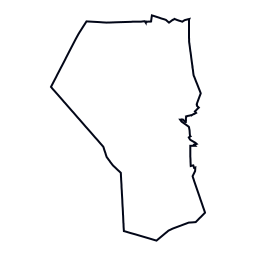 Reusel-De Mierden, Noord-Brabant, Netherlands (Mercator projection)
{"feature_id": "6326949B37702767177993", "entity_name": "Reusel-De Mierden", "entity_type": "district", "adm_level": 2, "iso_a3": "NLD", "parent_name": "Netherlands", "parent_adm1": "Noord-Brabant", "projection": "mercator", "projection_center": [5.161, 51.371], "detail": "fine", "context": "isolated", "style": "outline", "palette": "ink", "viewbox_px": 256, "rotation_deg": 0, "n_neighbors": 0, "source": "geoboundaries", "source_scale": "gbopen_adm2", "svg_char_len": 4694}
<svg xmlns="http://www.w3.org/2000/svg" viewBox="0 0 256 256"><path d="M86.5,21.4L82.9,27.0L80.5,30.8L79.4,32.5L78.7,33.7L78.6,33.8L75.8,38.9L74.5,41.4L70.7,48.7L65.7,58.4L65.6,58.6L65.5,58.9L61.4,66.8L61.2,67.1L60.9,67.7L60.8,67.9L58.9,71.6L56.9,75.4L56.5,76.3L53.0,83.0L51.0,86.9L52.7,89.0L54.8,91.3L55.4,92.0L62.7,100.3L63.1,100.8L64.2,102.1L64.5,102.4L65.6,103.6L65.9,104.0L66.2,104.3L67.3,105.6L68.0,106.4L69.5,108.1L72.1,111.1L73.4,112.5L77.5,117.3L79.4,119.4L84.0,124.7L84.5,125.3L85.7,126.7L86.9,128.0L91.3,133.0L93.2,135.2L95.0,137.3L96.2,138.6L96.3,138.7L97.9,140.5L98.9,141.7L99.5,142.4L100.8,143.9L101.9,145.1L102.5,145.9L102.9,146.2L103.1,146.5L103.3,146.8L103.4,147.0L103.5,147.2L103.5,147.3L103.6,147.5L103.7,147.8L103.9,148.7L104.0,148.8L104.1,149.3L104.2,149.5L104.3,149.9L104.5,150.4L104.5,150.5L105.1,152.2L105.4,153.0L105.8,154.4L105.8,154.5L106.3,155.9L106.6,156.9L107.3,157.9L107.4,158.0L107.5,158.1L108.5,159.5L108.7,159.8L109.8,161.2L110.0,161.6L110.5,162.3L110.8,162.7L110.9,162.8L111.0,162.9L111.9,164.1L112.6,165.0L113.2,165.7L114.2,166.6L114.9,167.3L115.1,167.4L115.7,168.0L115.8,168.1L116.5,168.8L118.4,170.6L118.9,171.0L119.0,171.1L120.8,172.8L120.9,174.4L120.9,174.5L121.0,177.0L121.1,178.1L121.1,179.0L121.4,183.5L121.5,185.0L121.5,186.3L121.6,188.3L121.7,189.6L121.8,190.8L121.9,193.3L122.3,200.1L122.4,203.1L122.6,206.7L122.7,207.8L122.9,211.7L123.0,214.6L123.1,215.5L123.4,222.9L123.4,223.0L123.5,223.3L123.6,226.8L123.9,231.1L125.1,231.4L126.1,231.7L127.1,232.0L130.4,233.0L135.5,234.4L140.2,235.8L148.4,238.2L150.1,238.7L153.4,239.7L154.4,240.0L156.5,240.6L162.5,235.6L166.2,232.5L166.3,232.5L168.5,230.6L171.1,229.4L171.4,229.2L173.2,228.4L173.5,228.3L174.0,228.1L177.8,226.7L188.7,222.6L192.2,222.4L195.7,222.1L199.9,217.8L200.8,217.0L205.0,212.7L204.9,212.2L203.4,207.9L203.3,207.7L202.2,204.4L201.6,202.7L201.1,201.2L200.5,199.6L200.0,198.0L194.1,180.9L193.3,178.3L193.2,178.2L192.6,176.2L195.1,171.1L195.3,167.6L195.1,167.7L194.1,167.9L193.3,165.4L192.6,165.5L190.8,166.0L190.8,165.9L190.7,165.7L190.5,161.2L190.5,160.0L190.4,157.9L190.3,156.7L190.3,155.9L190.3,155.0L190.3,152.6L190.3,152.1L190.3,151.9L190.3,151.6L190.3,148.8L190.3,146.4L190.3,145.8L193.1,145.8L195.3,145.8L194.7,145.1L194.3,144.6L195.4,144.3L196.6,143.9L195.6,143.0L195.4,142.8L195.2,142.7L194.9,142.5L194.0,142.0L191.4,140.5L190.6,140.0L190.2,139.7L189.7,139.0L188.8,137.4L190.5,136.3L190.3,136.1L190.1,136.0L190.1,135.9L190.0,135.7L189.9,134.8L189.8,134.0L189.7,132.4L189.6,130.6L189.5,130.1L189.5,129.8L189.3,129.1L189.0,127.2L188.9,127.0L188.8,126.9L188.7,126.7L186.4,125.0L185.3,124.2L184.8,123.9L182.7,122.4L181.7,121.7L181.4,121.4L180.7,120.4L180.2,119.7L180.3,119.7L181.8,119.4L182.3,119.5L182.5,119.5L182.8,119.6L183.0,119.6L183.3,119.9L183.3,120.1L183.6,120.3L183.9,120.5L185.2,121.6L185.7,122.0L185.8,122.0L185.9,120.4L186.0,120.2L185.9,119.5L185.9,119.0L185.9,118.8L185.9,118.6L185.9,118.4L185.9,118.2L186.0,117.7L186.2,117.2L186.3,117.0L186.3,116.9L186.1,116.4L186.4,116.3L188.3,115.8L189.1,115.7L191.0,115.2L191.5,115.1L191.6,115.3L192.2,114.9L192.7,114.6L193.7,114.0L193.9,113.9L194.1,114.0L196.1,112.9L194.9,111.4L196.1,110.3L196.7,109.6L198.8,107.6L197.3,106.2L196.9,105.7L197.0,105.1L197.0,104.8L196.7,104.5L196.7,104.4L196.9,103.6L197.0,103.4L197.1,103.1L197.2,102.8L197.9,100.9L199.5,96.6L200.7,93.5L200.7,93.3L200.7,93.2L199.9,91.1L198.5,87.6L197.9,86.0L197.5,85.1L197.4,84.7L195.9,81.1L195.8,80.8L194.3,76.9L193.9,76.1L193.6,75.2L193.5,74.8L193.5,74.4L193.3,73.3L193.1,71.5L192.9,69.7L192.7,68.8L192.6,67.9L192.5,66.6L192.4,66.6L192.4,66.3L192.4,66.2L191.7,61.1L191.1,56.7L191.1,56.3L190.5,51.9L190.4,51.6L190.1,49.2L190.0,48.5L189.8,46.7L189.4,43.8L189.4,43.5L189.3,43.3L189.1,41.6L189.1,41.2L189.1,40.4L189.1,40.1L189.1,38.6L189.0,38.3L189.0,35.3L189.0,34.5L189.0,21.5L189.0,19.9L189.0,19.7L189.3,19.0L188.9,19.1L188.3,19.2L188.2,19.2L187.6,19.4L185.6,19.9L185.2,20.0L184.8,20.1L184.3,20.4L183.4,20.9L182.6,21.5L182.3,21.7L181.2,21.3L180.2,21.0L178.5,20.5L178.1,20.3L177.6,20.2L175.9,19.5L174.4,18.9L174.2,19.2L173.9,19.4L173.2,19.8L172.7,19.8L171.6,20.7L169.0,22.6L167.0,20.9L165.9,19.9L164.2,19.3L161.4,18.5L159.5,17.8L153.3,15.8L151.9,15.4L151.1,21.1L151.1,21.5L150.9,21.6L147.6,21.6L147.5,21.4L147.6,21.2L147.5,21.4L147.4,21.5L147.0,21.5L146.9,21.6L146.9,21.9L146.8,22.0L146.6,21.8L146.3,21.7L146.1,21.6L145.9,21.6L145.9,21.8L146.0,22.0L145.9,22.3L145.6,22.4L145.6,22.5L144.8,21.3L144.7,21.2L143.0,21.4L142.9,21.4L140.8,21.7L140.1,21.7L134.0,21.7L132.6,21.7L132.3,21.7L131.9,21.8L122.0,22.1L118.5,22.2L115.5,22.3L110.4,22.5L108.3,22.5L106.7,22.6L103.0,22.4L102.9,22.4L101.9,22.3L99.1,22.1L86.5,21.4Z" fill="none" stroke="#020617" stroke-width="2"/></svg>